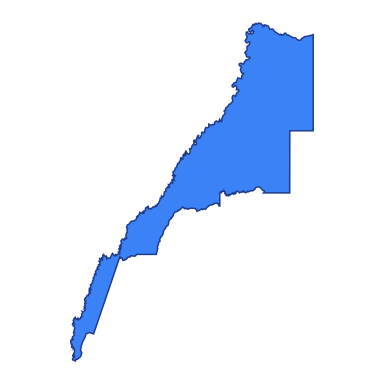 the district of San Diego, Cesar, Colombia
{"feature_id": "7082276B78047797507683", "entity_name": "San Diego", "entity_type": "district", "adm_level": 2, "iso_a3": "COL", "parent_name": "Colombia", "parent_adm1": "Cesar", "projection": "equal_earth", "projection_center": [-73.366, 10.112], "detail": "fine", "context": "isolated", "style": "filled", "palette": "blue", "viewbox_px": 384, "rotation_deg": 0, "n_neighbors": 0, "source": "geoboundaries", "source_scale": "gbopen_adm2", "svg_char_len": 5906}
<svg xmlns="http://www.w3.org/2000/svg" viewBox="0 0 384 384"><path d="M253.0,24.4L251.1,27.9L248.7,29.1L249.1,31.3L250.8,32.4L252.7,30.4L253.4,30.6L253.8,31.2L253.3,32.6L252.6,33.6L251.0,34.1L248.4,33.6L247.2,31.9L246.3,32.3L246.1,34.4L247.2,37.1L246.7,38.7L245.1,40.3L245.7,42.0L247.2,42.9L249.0,41.8L249.8,42.2L249.4,44.5L247.0,46.6L247.0,50.0L244.8,52.6L246.1,54.5L246.7,56.9L249.8,57.2L250.0,57.9L248.4,59.4L245.9,59.9L243.2,64.2L240.8,63.1L239.1,64.1L239.4,65.6L240.7,66.1L241.4,67.2L240.5,68.8L240.5,70.4L241.8,73.1L243.2,73.1L243.5,73.8L241.9,75.7L241.5,78.7L237.7,78.0L236.3,82.1L234.5,82.7L232.1,85.2L232.2,86.5L233.3,87.2L235.3,85.5L236.0,86.0L236.7,87.1L236.5,89.8L238.4,89.5L238.8,91.3L236.8,92.8L235.5,96.4L233.7,95.3L232.7,95.9L232.1,97.8L232.7,100.4L232.5,101.7L230.2,104.0L229.0,104.3L228.1,106.1L225.7,108.0L225.6,110.1L224.3,110.5L224.2,111.5L225.1,112.5L225.2,113.7L223.1,115.6L221.9,118.6L221.8,121.4L221.0,121.6L219.7,119.3L218.6,122.1L216.4,121.0L215.0,121.8L214.3,124.5L212.4,124.5L211.3,125.4L208.8,124.2L208.9,126.9L207.4,127.8L205.9,127.4L204.9,129.7L204.5,132.7L202.6,132.1L201.7,132.6L201.5,135.1L199.9,138.1L199.0,138.3L198.5,136.8L198.7,135.6L198.3,135.3L197.4,136.4L196.4,139.9L193.8,140.5L193.9,142.6L196.1,141.8L196.6,143.6L196.3,144.5L195.6,145.0L193.9,143.7L191.9,146.1L191.3,148.6L189.6,148.8L190.2,151.8L189.6,153.8L188.4,154.1L187.4,153.3L186.0,154.3L185.8,153.7L186.6,152.1L185.9,151.1L185.0,152.9L185.3,155.4L184.3,155.8L183.7,154.3L183.2,154.8L182.8,159.3L181.9,159.6L181.1,157.7L180.6,157.9L180.4,160.5L179.4,161.5L179.0,163.4L177.7,163.4L176.4,167.6L175.3,168.0L174.6,170.6L173.0,171.8L173.3,174.3L172.5,175.7L173.2,176.0L174.4,174.9L175.3,175.7L173.3,178.0L174.3,180.3L172.2,179.5L171.8,180.4L172.7,182.1L172.6,183.2L171.0,182.4L169.6,184.6L168.4,184.5L169.5,187.2L168.6,187.6L167.6,186.9L165.8,189.0L165.9,191.3L164.4,191.9L163.8,196.1L162.5,196.8L161.5,195.9L161.2,196.9L161.5,198.2L160.1,198.4L160.0,199.9L158.5,203.4L157.3,204.2L156.9,206.0L155.4,205.5L155.0,207.0L153.0,206.9L151.0,209.0L149.8,208.3L148.4,209.0L148.1,206.4L145.8,207.8L145.4,208.5L145.6,210.2L144.1,211.2L143.8,213.2L143.0,213.3L142.9,211.7L141.1,213.5L139.9,212.3L138.9,215.0L136.9,216.5L137.7,217.1L136.5,218.0L136.1,219.6L134.0,220.8L131.0,221.4L129.3,223.9L127.6,224.8L126.4,227.5L127.5,228.6L127.0,229.8L127.3,232.2L126.3,233.3L126.4,234.4L125.8,235.6L126.7,238.3L125.6,239.0L125.5,238.1L124.5,238.3L124.3,239.9L122.3,239.1L120.9,241.0L121.7,243.4L120.4,244.7L121.2,246.2L120.8,246.7L119.6,246.2L119.9,248.0L118.8,249.0L119.6,249.7L120.6,248.3L120.9,249.1L119.4,250.3L119.8,251.7L118.4,252.1L119.8,253.2L119.6,253.9L117.2,254.3L116.4,255.4L115.7,254.6L114.7,255.9L112.5,253.4L110.0,258.2L108.0,258.0L107.0,258.8L107.2,257.4L106.5,257.2L106.3,256.1L105.3,256.5L103.5,254.4L102.8,255.2L102.7,257.4L101.4,258.0L101.7,258.8L102.5,258.7L102.4,260.2L99.8,258.7L100.1,261.0L99.0,261.3L100.0,262.8L100.0,264.2L98.7,264.6L99.5,265.6L98.0,266.4L97.1,268.2L98.1,269.2L97.2,269.2L95.5,271.3L95.9,274.6L94.6,274.1L94.2,277.0L93.1,278.0L93.6,279.2L92.5,281.1L92.5,282.9L90.4,285.0L91.2,285.8L90.4,287.1L90.5,288.3L89.4,288.4L89.9,289.6L90.8,289.7L90.2,290.4L89.2,290.1L89.2,291.4L90.2,291.4L90.1,293.2L89.2,292.8L88.4,295.6L87.1,295.3L86.5,297.1L85.7,297.5L85.4,298.6L84.7,298.7L84.8,300.8L85.8,301.0L84.8,303.2L85.8,303.4L85.0,304.4L84.9,306.0L84.3,306.4L84.7,307.4L84.3,308.2L85.2,307.7L84.8,310.7L83.4,311.8L82.2,311.4L82.7,312.2L81.6,314.5L81.9,316.3L81.3,317.5L80.7,317.2L80.2,318.7L78.9,319.2L78.2,318.3L77.9,319.8L76.9,318.8L76.1,319.3L75.2,317.3L73.9,318.8L73.9,319.9L73.2,320.3L73.9,321.6L73.0,323.0L74.0,323.5L72.8,324.2L73.7,324.6L73.1,325.7L74.0,325.9L74.8,328.3L73.9,331.0L74.3,332.0L73.5,332.5L74.3,335.0L72.4,337.1L72.1,338.8L73.1,339.3L71.7,340.4L70.9,340.2L70.8,342.3L71.5,344.7L72.1,344.5L71.7,347.2L72.8,346.8L73.0,348.0L73.5,346.6L73.5,348.7L74.4,349.0L74.5,352.0L72.8,355.4L73.3,356.2L74.3,355.4L74.6,356.6L74.0,357.1L73.1,356.8L73.5,358.0L72.5,359.0L72.7,359.8L75.4,361.0L75.9,359.4L77.4,359.2L80.6,356.7L81.8,352.8L80.5,350.2L81.4,345.5L82.4,342.4L85.1,337.0L85.9,334.0L89.4,332.5L93.6,333.9L119.8,257.0L120.5,258.0L121.1,257.5L122.2,258.4L122.8,260.3L123.8,260.4L126.5,259.1L127.9,257.2L130.1,257.0L130.7,255.8L134.7,256.2L135.8,255.7L136.3,254.4L156.2,254.4L157.7,248.7L157.3,246.6L158.3,245.1L158.6,242.6L160.1,241.0L159.7,240.0L160.0,238.4L162.8,234.6L163.9,230.0L165.4,228.5L166.3,226.5L168.1,225.2L169.2,220.1L171.2,218.7L171.2,217.5L172.2,217.3L173.3,215.4L173.4,214.1L174.8,212.2L177.8,211.2L178.5,210.0L179.4,210.2L182.6,207.0L184.9,208.8L185.8,208.2L187.7,209.3L190.7,208.1L195.6,208.6L197.1,211.4L201.7,209.0L202.6,209.7L203.2,209.0L205.8,209.1L207.2,206.9L208.4,206.5L209.0,205.5L212.8,204.6L214.9,203.3L217.9,203.4L219.1,206.0L219.8,206.0L219.8,192.5L220.0,193.0L221.0,191.7L221.4,192.5L222.7,191.2L223.9,191.4L224.0,190.7L224.5,191.7L225.1,191.7L224.8,193.4L225.5,193.7L225.6,194.8L226.4,194.5L226.6,195.6L228.5,195.8L228.6,194.5L229.9,195.2L230.4,194.4L232.2,193.9L232.4,193.0L233.6,194.1L233.9,193.4L234.5,193.7L234.5,192.9L235.4,193.5L236.0,193.0L235.8,192.1L237.0,191.0L239.6,192.8L239.9,192.1L241.6,192.2L242.9,191.0L243.2,191.9L244.1,191.4L245.2,192.7L246.7,192.3L247.8,191.2L248.4,191.8L251.1,190.6L252.6,190.9L255.0,189.2L255.2,188.0L257.5,186.8L260.1,187.3L263.0,190.5L264.4,190.9L264.6,191.7L263.5,192.9L289.7,192.9L289.8,130.8L313.2,130.8L313.2,34.6L311.0,35.6L310.3,35.3L308.7,36.1L304.7,36.6L301.7,38.5L301.0,39.9L299.2,40.4L296.9,39.4L295.8,38.1L292.0,37.2L288.2,35.0L287.2,35.1L285.7,33.2L284.6,33.3L283.2,35.0L281.6,34.6L281.3,35.1L280.3,34.2L279.5,34.7L274.4,31.3L272.9,29.1L269.7,29.2L268.3,26.1L266.5,25.7L266.0,25.1L264.8,25.1L264.5,25.8L264.1,25.3L263.5,26.0L263.6,25.4L263.0,25.8L260.9,23.5L260.5,23.9L258.9,23.0L257.3,24.0L255.7,24.1L255.8,23.4L255.3,23.5L254.1,25.1L253.0,24.4Z" fill="#3b82f6" stroke="#1e3a8a" stroke-width="1.5"/></svg>